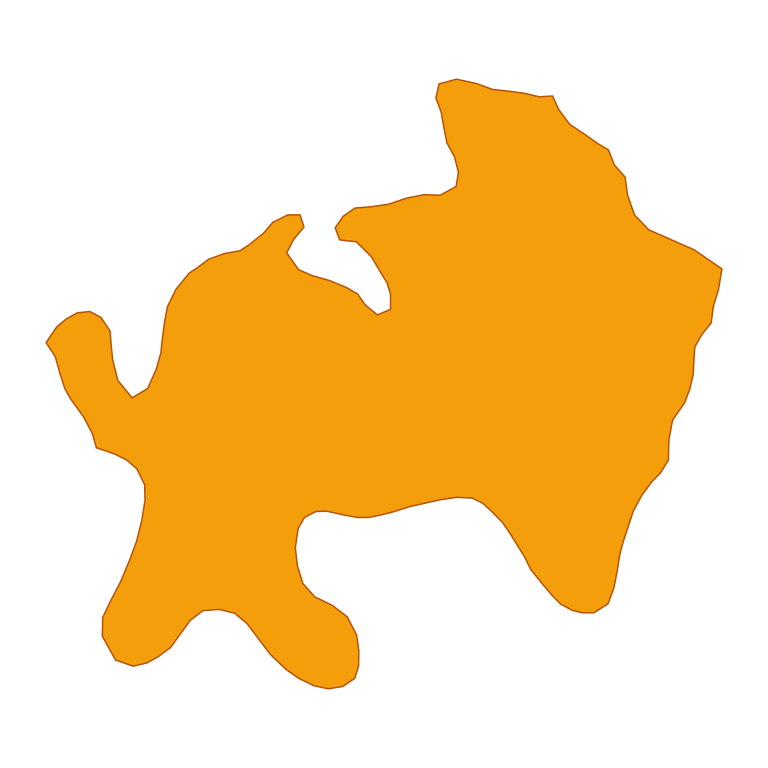 Piratuba, Santa Catarina, Brazil
{"feature_id": "56859067B2926669482490", "entity_name": "Piratuba", "entity_type": "district", "adm_level": 2, "iso_a3": "BRA", "parent_name": "Brazil", "parent_adm1": "Santa Catarina", "projection": "robinson", "projection_center": [-51.784, -27.46], "detail": "fine", "context": "isolated", "style": "filled", "palette": "amber", "viewbox_px": 768, "rotation_deg": 0, "n_neighbors": 0, "source": "geoboundaries", "source_scale": "gbopen_adm2", "svg_char_len": 2234}
<svg xmlns="http://www.w3.org/2000/svg" viewBox="0 0 768 768"><path d="M96.4,447.8L114.4,453.9L126.5,459.9L136.9,468.9L144.7,484.9L145.0,500.4L141.8,520.2L136.7,541.0L129.9,559.4L120.7,581.5L110.2,601.7L102.7,617.5L102.3,636.2L115.6,660.1L133.3,666.2L147.2,662.8L158.2,656.7L170.8,647.3L179.6,634.9L190.4,620.2L202.9,610.7L219.3,609.4L234.8,613.3L247.0,623.6L255.5,634.9L270.5,654.6L286.0,669.4L298.6,678.3L313.9,685.7L328.3,688.8L342.7,686.5L354.8,678.3L358.6,665.9L358.8,650.4L356.6,634.9L347.1,616.7L332.3,605.4L315.0,597.0L302.9,583.6L297.5,566.2L295.3,547.8L298.2,528.3L304.5,517.5L315.9,511.5L326.9,511.2L343.3,514.9L357.7,517.5L368.5,517.5L379.0,515.4L392.8,512.0L409.4,506.7L424.4,503.3L439.5,499.9L457.2,497.3L472.3,498.1L482.8,503.3L491.4,511.2L502.4,522.3L509.8,533.1L516.8,544.4L524.8,557.3L530.7,569.4L542.1,583.6L552.5,595.9L560.6,604.1L572.0,610.2L582.3,612.8L594.0,612.8L608.0,603.8L614.0,587.5L617.2,570.9L619.9,554.1L623.2,541.7L627.5,528.8L633.1,511.5L641.9,495.2L651.8,481.8L660.3,473.1L668.4,460.2L668.9,439.9L672.5,420.2L684.6,402.8L689.8,389.1L693.1,374.9L693.8,362.0L694.9,346.8L701.9,334.4L711.1,323.1L713.4,306.2L718.5,289.4L721.9,268.9L694.3,249.9L648.9,229.9L634.5,214.9L627.6,195.2L625.1,177.1L614.3,164.9L608.5,150.0L597.5,143.4L585.3,134.7L569.8,124.4L558.8,109.7L552.5,96.0L539.3,96.8L524.9,93.4L511.6,91.5L492.5,89.4L475.9,83.4L456.4,79.2L439.0,83.9L435.9,98.1L441.1,111.8L444.0,128.4L446.9,142.8L454.6,157.1L458.4,172.3L456.1,186.5L440.2,195.2L424.0,194.7L406.5,198.1L388.7,204.2L370.3,206.8L354.8,208.1L343.1,216.3L335.2,227.8L339.7,239.9L356.4,241.8L371.4,256.8L380.6,272.3L386.9,282.6L390.5,294.1L390.5,309.4L377.3,314.9L365.1,304.7L357.5,293.9L346.0,287.3L329.4,280.5L312.5,275.7L298.6,269.7L286.7,252.8L293.7,239.4L304.0,227.0L300.0,214.9L287.8,214.9L272.8,222.3L263.6,233.1L249.2,244.7L240.0,250.7L224.2,253.6L208.3,259.4L198.4,267.0L189.2,273.1L175.9,289.4L167.4,306.8L164.5,322.3L162.2,339.9L160.9,352.6L156.4,368.9L147.6,388.6L132.1,397.8L117.8,380.4L112.6,359.4L111.2,345.5L110.1,331.0L101.1,317.6L89.9,311.5L77.3,312.8L66.3,318.9L56.6,327.0L46.1,342.6L55.3,356.8L59.6,372.3L64.7,388.3L70.4,398.6L83.6,417.0L92.4,433.6L96.4,447.8Z" fill="#f59e0b" stroke="#b45309" stroke-width="1.5"/></svg>